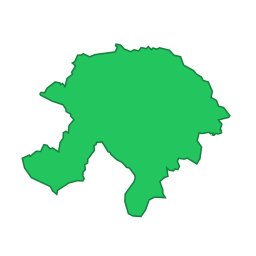 the district of Palermo, Huila, Colombia, rotated 282°
{"feature_id": "7082276B31327332190978", "entity_name": "Palermo", "entity_type": "district", "adm_level": 2, "iso_a3": "COL", "parent_name": "Colombia", "parent_adm1": "Huila", "projection": "orthographic", "projection_center": [-75.466, 2.914], "detail": "medium", "context": "isolated", "style": "filled", "palette": "green", "viewbox_px": 256, "rotation_deg": 282, "n_neighbors": 0, "source": "geoboundaries", "source_scale": "gbopen_adm2", "svg_char_len": 1849}
<svg xmlns="http://www.w3.org/2000/svg" viewBox="0 0 256 256"><g transform="rotate(282 128 128)"><path d="M59.3,43.8L54.6,64.2L50.7,67.4L48.3,72.2L52.4,72.0L61.9,81.5L65.9,89.3L66.9,94.9L69.3,95.7L71.8,93.8L75.8,93.2L78.4,94.9L83.2,93.3L85.4,95.8L89.2,95.1L99.1,99.8L103.7,98.4L105.2,100.2L107.2,100.3L109.0,105.6L100.6,113.5L100.3,115.9L98.7,116.6L94.8,123.5L93.1,129.5L89.2,134.8L89.2,137.6L83.5,144.2L80.6,145.5L76.7,145.0L62.8,139.0L55.5,140.2L44.3,146.2L43.0,151.0L44.1,159.1L51.3,162.1L62.1,163.6L65.9,168.5L67.6,179.0L71.0,175.8L74.4,175.0L82.3,170.3L87.4,174.1L89.0,177.1L97.1,174.2L95.3,177.0L95.5,181.5L97.6,182.3L97.7,185.4L101.1,186.3L105.8,183.2L108.9,183.8L109.2,189.4L110.9,192.3L107.1,202.7L112.9,204.7L124.6,203.9L130.0,198.3L138.2,198.6L137.8,200.9L140.7,208.2L139.5,209.9L140.5,212.2L138.7,212.1L138.8,213.7L141.0,215.1L140.7,217.1L142.7,220.5L145.2,219.7L145.6,218.4L151.3,219.0L154.7,214.7L159.3,224.2L161.1,225.1L167.9,217.3L168.2,212.0L173.4,208.7L175.2,202.9L181.3,202.9L189.7,197.0L190.2,191.5L193.3,189.0L194.9,183.7L197.8,180.2L201.1,169.3L208.7,164.6L208.7,157.9L212.7,152.3L213.0,142.2L211.1,139.7L211.5,135.8L209.6,134.6L211.8,131.0L209.4,129.3L209.4,124.1L205.7,122.5L205.8,117.5L203.3,115.1L204.4,107.8L207.6,103.5L207.6,98.9L205.9,98.7L204.6,100.9L199.7,99.5L193.0,80.6L189.7,75.7L191.3,68.6L189.7,67.4L188.7,63.6L181.7,62.1L180.0,60.0L177.7,63.8L170.8,61.3L168.9,62.4L163.8,58.1L155.4,57.7L157.9,54.7L156.6,53.2L157.9,52.0L157.9,47.1L150.0,40.5L145.2,39.1L144.8,35.6L143.2,34.8L142.0,35.5L138.5,48.2L137.2,59.6L133.5,63.4L131.2,64.0L129.8,68.9L127.5,69.6L124.9,73.4L118.1,69.8L110.7,70.6L111.9,67.9L109.9,65.7L104.7,66.7L99.5,64.6L90.3,65.1L92.8,58.4L91.4,55.9L94.3,52.4L94.2,49.2L86.9,47.5L86.2,43.1L79.8,38.1L81.0,37.1L76.4,30.9L67.5,35.1L59.3,43.8Z" fill="#22c55e" stroke="#15803d" stroke-width="1.5"/></g></svg>